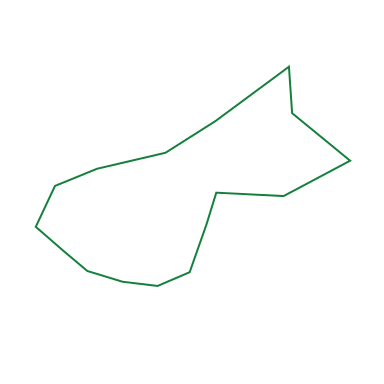 Alithinou, Nicosia, Cyprus (Mercator projection), rotated 242°
{"feature_id": "46923920B55539182746131", "entity_name": "Alithinou", "entity_type": "district", "adm_level": 2, "iso_a3": "CYP", "parent_name": "Cyprus", "parent_adm1": "Nicosia", "projection": "mercator", "projection_center": [33.032, 34.956], "detail": "fine", "context": "isolated", "style": "outline", "palette": "green", "viewbox_px": 384, "rotation_deg": 242, "n_neighbors": 0, "source": "geoboundaries", "source_scale": "gbopen_adm2", "svg_char_len": 364}
<svg xmlns="http://www.w3.org/2000/svg" viewBox="0 0 384 384"><g transform="rotate(242 192 192)"><path d="M234.6,37.7L200.2,50.9L171.4,62.5L145.4,88.5L125.2,117.5L122.3,152.3L156.9,189.9L180.0,213.1L145.4,271.0L145.4,346.3L214.6,317.4L257.1,336.4L243.6,245.9L239.1,187.0L257.1,119.1L261.7,73.9L234.6,37.7Z" fill="none" stroke="#15803d" stroke-width="2"/></g></svg>